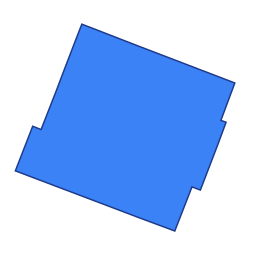 the district of Henry, Indiana, United States of America, rotated 21°
{"feature_id": "52423323B38400946045463", "entity_name": "Henry", "entity_type": "district", "adm_level": 2, "iso_a3": "USA", "parent_name": "United States of America", "parent_adm1": "Indiana", "projection": "robinson", "projection_center": [-85.404, 39.932], "detail": "fine", "context": "isolated", "style": "filled", "palette": "blue", "viewbox_px": 256, "rotation_deg": 21, "n_neighbors": 0, "source": "geoboundaries", "source_scale": "gbopen_adm2", "svg_char_len": 370}
<svg xmlns="http://www.w3.org/2000/svg" viewBox="0 0 256 256"><g transform="rotate(21 128 128)"><path d="M47.7,47.6L47.6,63.7L47.6,95.5L47.7,120.1L47.4,160.6L38.4,160.5L38.2,208.4L123.3,208.0L172.1,207.8L208.6,207.4L208.8,160.1L217.8,160.0L217.8,111.8L217.5,87.5L212.0,87.6L211.6,47.7L108.2,47.8L47.7,47.6Z" fill="#3b82f6" stroke="#1e3a8a" stroke-width="1.5"/></g></svg>